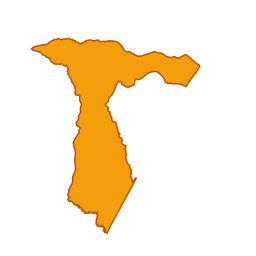 the district of Retalhuleu, Retalhuleu, Guatemala, rotated 260°
{"feature_id": "79465075B31149940203077", "entity_name": "Retalhuleu", "entity_type": "district", "adm_level": 2, "iso_a3": "GTM", "parent_name": "Guatemala", "parent_adm1": "Retalhuleu", "projection": "albers", "projection_center": [-91.907, 14.391], "detail": "fine", "context": "isolated", "style": "filled", "palette": "amber", "viewbox_px": 256, "rotation_deg": 260, "n_neighbors": 0, "source": "geoboundaries", "source_scale": "gbopen_adm2", "svg_char_len": 5697}
<svg xmlns="http://www.w3.org/2000/svg" viewBox="0 0 256 256"><g transform="rotate(260 128 128)"><path d="M158.7,192.5L164.0,197.0L166.1,199.4L169.1,202.4L170.2,203.9L171.5,205.3L173.2,206.9L174.4,207.7L176.2,209.3L177.8,208.8L178.9,207.7L180.1,206.1L187.9,200.0L189.4,198.8L189.9,197.9L190.1,197.3L190.0,196.3L189.0,193.0L188.3,191.2L188.1,189.9L188.6,188.4L190.3,185.8L190.2,185.0L189.9,183.7L190.0,182.1L190.9,179.7L192.7,177.0L193.1,176.6L195.6,174.5L196.7,171.0L198.2,167.9L198.3,167.1L198.6,166.7L198.3,165.6L198.2,164.4L196.8,155.5L196.5,154.4L196.9,150.8L198.0,148.5L200.0,146.3L200.5,144.7L200.9,144.4L202.3,143.7L202.7,143.3L203.1,142.3L203.1,140.0L203.5,139.4L206.2,137.2L208.0,136.6L209.1,136.6L210.6,135.4L212.0,134.7L214.4,132.2L215.5,130.6L215.9,128.9L216.6,127.5L216.8,125.5L217.1,124.9L216.9,122.2L217.2,120.3L217.8,118.1L217.7,117.2L217.5,116.9L217.7,115.5L218.4,114.7L219.0,114.5L219.5,114.5L219.8,114.1L219.9,111.8L219.7,110.1L219.7,109.3L221.0,107.0L221.3,105.9L221.3,102.4L221.0,101.3L220.0,100.0L220.0,98.0L219.1,96.5L219.1,95.7L221.1,93.0L221.9,91.8L222.2,91.5L223.2,91.1L223.5,89.7L223.7,89.3L223.9,89.1L224.8,89.1L225.0,87.8L225.3,87.0L226.2,85.8L226.5,85.0L226.2,83.7L226.7,82.8L226.6,80.9L226.7,79.8L226.7,77.9L227.4,75.8L228.0,75.0L227.8,73.7L227.6,69.6L226.5,66.9L224.9,63.8L224.6,62.8L224.4,61.9L224.6,57.4L224.4,50.9L223.7,48.5L222.6,46.7L220.6,48.5L219.8,51.1L217.4,55.4L217.0,55.7L215.0,56.6L214.7,57.1L214.6,57.8L214.4,58.1L212.8,59.7L211.9,60.1L211.3,61.6L209.4,63.1L209.0,63.3L207.0,63.7L206.5,64.1L205.7,65.1L204.0,66.3L203.3,68.7L203.1,70.5L202.5,71.9L202.5,72.3L202.8,73.1L202.8,73.9L202.3,74.6L200.9,75.5L200.0,76.4L199.8,77.6L200.3,78.1L200.3,78.5L199.6,78.7L198.3,78.9L197.4,79.3L196.5,79.5L196.2,79.4L195.0,78.1L194.6,78.1L193.1,78.7L192.0,78.1L191.7,78.1L190.3,79.1L188.5,79.3L185.6,80.5L183.0,80.6L181.7,81.7L180.5,81.8L179.3,82.6L178.4,82.9L177.7,82.9L176.4,82.5L175.7,82.8L174.1,82.7L173.1,82.5L172.5,82.0L171.7,81.7L170.1,82.4L169.4,83.0L168.6,85.8L168.2,86.2L166.5,85.6L165.3,85.7L163.9,85.2L162.6,85.4L162.0,85.8L161.0,86.1L159.7,86.0L158.4,86.1L157.5,85.3L156.3,84.7L153.9,84.2L152.3,84.1L152.0,84.0L149.5,82.4L148.6,81.4L147.5,81.3L146.2,80.7L144.4,80.3L143.8,79.8L143.3,79.0L142.4,78.0L141.4,77.9L139.5,78.0L137.4,80.1L136.7,80.6L136.3,80.7L135.8,80.6L133.5,79.0L133.1,78.9L132.2,79.1L131.5,78.8L125.8,73.2L123.0,71.6L118.5,71.4L116.4,72.0L113.4,72.0L111.3,71.6L104.5,69.7L100.4,69.7L96.9,69.2L95.5,68.7L93.9,67.8L89.8,65.2L87.7,64.7L84.6,64.1L83.1,63.3L79.3,60.3L77.2,59.0L74.8,58.3L72.6,57.0L71.1,57.5L70.5,58.0L70.0,58.7L68.3,56.3L65.7,57.5L66.0,58.8L65.7,59.9L64.3,60.6L62.7,61.8L62.0,61.6L61.4,62.5L61.5,63.2L61.1,64.0L61.0,64.6L60.1,64.4L59.3,65.2L60.5,65.5L60.2,66.2L59.0,65.8L59.0,66.6L58.8,66.8L58.6,66.8L58.2,65.9L57.9,65.8L57.8,66.6L57.5,67.1L57.9,67.5L57.9,68.1L57.0,68.3L56.2,68.6L55.8,68.6L55.4,68.2L54.1,68.8L53.9,69.0L54.4,69.5L54.4,70.1L53.0,71.0L52.5,70.9L51.7,70.4L51.4,70.6L51.3,71.2L51.7,72.3L51.3,72.8L51.3,73.7L50.8,74.6L50.9,74.8L51.1,74.9L51.6,74.5L52.0,74.5L52.3,74.7L52.3,75.6L51.6,75.9L51.3,76.1L50.6,77.4L50.5,78.4L51.0,79.3L51.0,79.8L50.4,79.7L49.5,79.9L49.6,80.1L49.9,80.2L50.1,80.5L49.7,81.3L49.2,81.5L49.3,82.0L50.0,82.8L49.7,83.3L48.7,82.4L48.1,82.4L47.0,82.9L46.3,82.2L44.6,81.9L43.2,81.0L41.7,80.4L40.8,80.3L40.5,80.4L40.5,80.6L39.2,79.9L38.3,81.0L37.9,81.0L37.3,80.7L37.2,82.0L36.7,82.0L36.2,81.8L35.9,82.1L36.2,83.1L36.1,83.5L35.8,84.0L35.6,84.6L35.9,85.1L36.4,85.2L36.5,86.2L36.0,86.1L35.5,85.8L35.4,86.5L34.9,86.7L34.5,86.6L33.9,86.8L34.0,87.3L33.2,87.7L32.9,87.0L32.7,86.9L32.1,87.4L31.9,87.4L32.1,86.4L31.3,85.9L31.0,85.9L30.8,86.4L31.2,87.4L31.0,87.7L30.6,87.6L29.6,86.9L29.3,87.0L29.4,87.8L29.3,88.0L28.8,88.2L28.0,89.1L35.6,94.5L38.3,96.7L40.1,97.9L43.0,100.5L44.8,101.7L48.5,104.7L51.7,107.5L53.2,108.4L58.0,112.3L59.3,113.2L62.3,115.9L67.5,119.8L70.0,121.9L76.3,126.7L76.9,127.3L77.3,127.2L77.3,126.9L77.0,126.3L74.5,123.9L74.4,123.3L74.7,123.0L78.5,122.8L80.3,122.2L81.6,122.6L82.8,123.3L85.5,124.0L86.1,123.9L87.5,123.2L88.3,122.9L89.1,122.9L90.0,123.2L90.8,123.2L91.9,122.4L93.2,121.2L93.6,121.1L94.6,121.2L95.9,120.9L98.6,120.7L100.2,120.8L102.0,121.9L102.6,121.9L104.3,121.4L105.9,122.0L106.2,121.9L107.4,121.0L108.0,120.9L108.2,121.0L108.4,121.6L109.3,122.1L109.9,122.7L110.5,122.9L110.9,122.7L111.1,122.4L112.1,120.7L113.0,119.8L113.9,119.3L114.9,119.3L115.9,119.9L116.5,120.1L117.6,120.2L118.7,120.0L119.5,119.6L119.8,119.0L119.9,118.8L119.6,118.3L119.7,117.8L119.9,117.7L120.9,117.8L121.6,117.2L122.0,117.3L122.8,118.1L123.1,118.9L123.5,119.0L124.0,118.9L124.4,118.7L124.4,117.8L124.6,117.5L126.9,117.7L127.6,117.5L128.4,117.5L129.3,117.3L130.2,117.6L132.5,116.9L134.1,116.9L134.7,117.2L135.3,117.2L135.6,117.0L135.9,116.0L137.0,115.1L137.2,114.2L137.8,113.8L139.7,113.5L140.4,113.8L141.2,113.8L142.5,113.2L143.2,113.2L144.8,112.5L145.3,112.5L146.5,113.1L146.9,113.1L147.6,111.9L148.5,111.2L149.0,111.2L150.6,112.1L151.6,112.1L153.1,110.6L154.4,109.9L155.2,110.1L155.7,110.5L157.7,113.0L158.2,113.4L160.0,114.0L161.3,114.8L161.7,115.1L162.5,116.8L163.5,118.1L167.7,121.1L169.8,122.4L170.9,122.8L175.3,126.3L175.5,126.8L175.4,127.3L174.9,128.1L174.6,129.0L174.1,129.7L173.8,129.9L172.6,129.5L172.0,129.6L170.6,131.2L168.4,134.2L168.1,135.2L168.2,136.0L168.9,138.6L169.1,140.7L169.3,141.1L170.1,142.0L173.2,142.8L174.0,143.2L174.9,143.9L174.8,144.6L173.9,146.4L173.9,147.5L174.0,148.6L176.5,153.5L178.0,155.9L179.0,159.1L179.2,161.0L179.3,162.4L178.9,164.8L178.4,166.1L177.4,167.5L173.5,170.5L171.5,171.5L169.9,172.2L167.5,172.6L166.6,173.0L165.2,174.5L164.8,175.6L164.5,177.9L163.5,180.9L163.0,184.8L161.3,188.7L158.7,192.5Z" fill="#f59e0b" stroke="#b45309" stroke-width="1.5"/></g></svg>